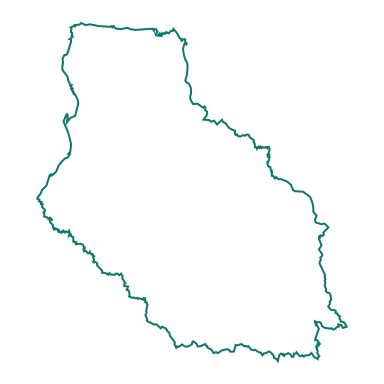 Besalampy, Melaky, Madagascar (Albers equal-area conic projection)
{"feature_id": "10022922B83460232588272", "entity_name": "Besalampy", "entity_type": "district", "adm_level": 2, "iso_a3": "MDG", "parent_name": "Madagascar", "parent_adm1": "Melaky", "projection": "albers", "projection_center": [45.158, -16.857], "detail": "fine", "context": "isolated", "style": "outline", "palette": "teal", "viewbox_px": 384, "rotation_deg": 0, "n_neighbors": 0, "source": "geoboundaries", "source_scale": "gbopen_adm2", "svg_char_len": 5875}
<svg xmlns="http://www.w3.org/2000/svg" viewBox="0 0 384 384"><path d="M173.4,28.9L172.9,30.9L170.9,30.9L168.8,33.3L166.4,32.2L166.2,32.9L164.7,32.9L165.6,33.2L165.0,33.8L164.5,33.0L163.5,33.7L162.3,33.1L162.0,34.7L160.6,33.9L161.0,34.9L160.2,34.7L160.6,35.7L158.9,34.9L158.9,35.8L156.2,35.3L156.3,34.2L155.1,35.1L157.4,31.8L156.0,29.1L153.7,29.2L153.8,30.5L152.5,28.7L135.7,29.9L130.9,29.3L127.6,27.9L120.9,29.0L117.4,28.8L115.6,28.5L113.9,26.8L113.2,27.1L113.4,26.2L111.4,26.9L111.2,26.3L109.5,26.8L99.3,26.1L89.9,24.3L85.6,25.1L81.2,23.0L79.5,24.6L74.6,25.0L74.2,25.6L75.3,25.9L74.9,26.5L73.7,25.9L70.6,27.5L71.5,28.3L70.9,32.0L72.2,32.9L71.9,35.3L72.6,36.4L71.5,36.6L71.6,38.1L69.7,39.1L70.9,39.5L71.1,41.6L67.7,52.6L66.5,54.8L64.3,55.1L62.5,59.1L63.0,62.6L62.2,68.0L62.8,70.4L66.9,75.7L68.0,78.3L67.9,80.0L70.4,84.8L71.4,85.1L70.2,85.7L72.1,87.9L71.6,87.8L71.7,88.4L70.7,87.7L73.2,92.7L73.4,91.9L76.3,96.8L77.8,100.2L78.3,103.3L75.1,115.9L70.3,117.9L67.1,122.1L67.7,115.5L67.4,114.2L66.6,114.2L63.5,121.4L68.5,133.5L70.7,142.4L71.1,145.0L70.3,151.4L68.9,153.2L70.0,152.8L70.0,153.6L69.0,154.1L69.5,154.6L67.8,157.6L64.7,158.6L61.2,162.3L58.4,166.1L56.0,171.9L52.3,175.2L50.3,176.0L50.7,174.6L49.8,175.0L46.3,185.9L42.2,189.7L40.7,193.4L37.6,197.6L37.3,198.7L39.4,199.6L39.0,201.3L41.7,202.1L41.7,202.9L40.5,202.6L40.9,204.2L42.5,204.2L42.1,207.2L45.0,209.9L44.9,211.0L43.4,212.3L44.4,213.9L44.1,216.5L47.3,217.4L48.1,218.8L49.8,217.7L51.8,219.4L51.8,220.0L50.2,219.3L49.6,220.4L50.4,222.6L52.8,224.8L53.0,227.4L54.7,228.2L53.7,228.9L54.0,229.6L56.9,228.9L59.2,230.3L59.2,230.9L57.8,230.6L58.1,231.6L61.4,232.8L62.1,232.4L61.4,231.8L63.3,230.5L64.9,232.5L65.7,231.4L68.0,232.3L69.2,230.7L69.8,233.0L69.0,235.8L70.8,234.5L71.3,236.4L73.2,237.0L73.3,241.7L74.9,241.7L75.4,242.8L76.3,242.4L76.2,244.3L80.3,243.7L82.9,244.7L83.9,247.3L84.8,247.3L84.7,248.3L83.4,249.1L84.1,251.4L85.6,250.6L88.2,253.5L89.4,253.0L89.9,251.8L91.0,253.9L92.9,254.3L93.0,255.2L92.2,254.6L92.3,255.5L94.2,256.3L93.1,257.7L94.1,259.5L93.1,261.9L94.2,262.5L95.5,261.9L97.2,263.3L97.1,265.4L102.2,270.7L102.1,272.7L105.4,273.1L108.2,274.7L108.3,273.8L109.3,273.9L109.4,273.3L110.9,274.6L114.8,274.8L115.6,273.7L117.3,273.6L119.2,275.2L121.1,273.6L122.7,276.4L122.1,278.0L125.4,283.1L124.3,283.9L124.2,286.0L128.1,286.6L126.7,290.0L128.3,290.2L129.0,291.3L129.6,294.7L129.1,296.5L132.2,297.8L133.6,297.4L134.6,298.3L137.1,298.0L137.8,298.9L138.7,298.2L142.6,299.4L143.7,298.0L144.4,298.3L144.3,299.4L145.0,298.9L144.8,300.2L145.6,301.0L145.1,302.0L146.9,302.7L146.8,303.8L147.5,304.6L146.1,311.0L146.7,312.2L145.4,315.3L147.1,318.9L147.0,321.0L154.2,324.6L156.4,324.3L160.7,328.3L161.9,326.8L165.2,328.0L167.0,329.9L167.2,331.1L169.2,332.5L169.9,335.7L174.8,342.2L174.7,344.9L176.2,347.7L177.1,346.3L178.4,347.0L182.1,344.5L185.2,346.6L188.5,346.4L191.9,344.2L192.5,341.6L193.1,341.3L196.3,343.5L197.8,346.5L200.4,346.3L205.3,344.0L205.9,345.5L207.3,346.1L207.3,347.5L211.5,349.6L213.5,353.1L216.1,352.1L217.8,353.1L222.1,350.3L226.5,349.3L228.9,349.6L230.3,351.7L233.8,351.6L235.7,345.0L237.9,345.2L241.3,344.0L244.2,346.3L245.5,345.9L247.3,346.7L248.3,346.1L251.1,349.7L253.6,350.3L254.9,349.7L259.1,352.4L260.8,352.5L262.4,355.3L263.9,353.4L266.2,353.1L268.4,351.6L269.9,351.7L273.7,355.5L273.9,357.9L276.7,359.0L277.8,361.0L279.2,355.2L280.8,353.6L283.8,355.5L283.5,354.2L284.9,354.8L288.3,353.2L290.3,354.2L292.0,356.8L293.4,356.8L293.9,353.5L296.6,353.5L296.7,352.6L299.7,356.0L301.3,356.2L302.2,355.1L303.9,356.6L304.9,355.5L309.4,355.1L311.5,353.0L314.2,357.1L317.6,358.9L317.4,357.9L319.3,356.4L317.3,352.9L317.7,350.8L316.7,349.3L317.2,347.9L316.1,346.9L316.6,345.6L318.4,345.7L317.9,344.5L319.1,344.2L318.1,343.3L318.7,343.1L318.1,342.9L318.5,341.9L316.9,339.9L315.3,340.3L315.2,339.3L318.8,328.6L317.0,325.5L315.9,325.4L316.4,324.0L315.2,323.1L315.0,321.3L316.9,322.4L318.6,321.9L320.7,322.6L322.0,326.0L324.8,327.9L330.2,328.6L331.6,328.2L332.9,329.4L334.2,329.5L337.0,327.0L338.8,326.5L338.3,324.4L341.3,325.0L342.9,327.9L346.7,326.7L343.9,322.1L340.6,321.5L340.6,320.1L339.5,318.7L339.8,316.1L338.0,315.3L337.5,313.6L335.7,313.1L335.6,310.5L330.9,309.8L328.2,306.6L329.7,304.2L329.9,301.2L331.2,299.7L330.8,296.1L329.5,293.1L327.0,292.4L325.8,291.2L326.2,289.4L324.7,285.6L325.4,282.8L324.7,280.3L325.4,279.1L324.5,276.4L325.2,275.3L319.6,263.5L319.7,261.8L320.9,259.8L320.3,257.5L322.4,255.6L321.8,253.5L318.9,249.5L321.5,245.2L319.0,238.9L319.2,236.4L319.6,236.0L320.1,237.1L320.9,235.4L322.3,236.0L323.9,234.9L323.3,232.6L328.4,227.4L325.2,224.1L323.5,223.5L321.5,224.3L315.7,222.4L315.0,219.7L316.6,215.7L313.3,211.5L313.3,207.2L312.3,202.5L310.2,197.0L303.0,191.7L295.7,191.3L293.2,190.4L290.9,184.7L287.0,181.5L280.9,179.1L278.5,179.2L276.0,177.1L275.6,178.2L274.6,178.4L273.3,176.0L271.7,175.7L272.0,172.3L271.2,171.8L271.8,170.5L270.7,169.8L270.3,167.1L268.7,166.6L267.2,163.5L268.0,162.5L267.5,161.7L268.8,160.8L269.6,156.7L268.8,156.2L268.0,156.7L267.4,155.2L269.3,154.3L268.3,153.4L269.7,149.5L268.9,146.9L267.4,147.0L267.1,148.2L265.8,147.1L264.1,147.8L262.6,147.2L261.4,148.1L260.7,146.6L259.4,147.8L258.8,146.7L257.1,148.8L256.8,147.2L255.1,147.4L254.6,143.2L253.6,142.2L254.0,140.4L249.8,137.4L248.6,134.7L246.8,134.5L244.8,135.8L243.4,135.0L240.5,136.5L238.0,136.1L237.0,134.4L235.6,134.9L234.9,133.4L235.1,130.9L229.3,128.2L225.6,123.2L223.2,122.3L222.0,119.8L217.1,124.5L214.0,120.6L211.1,121.7L209.2,120.1L203.5,119.6L206.6,115.5L207.2,113.4L207.1,111.7L205.1,110.0L205.4,107.6L204.4,106.4L203.2,107.8L197.6,103.7L193.0,104.0L190.6,99.6L190.1,97.1L191.0,93.6L190.9,88.0L189.0,83.8L185.9,81.9L185.3,80.4L187.1,74.1L187.6,65.6L187.2,62.9L185.2,59.3L183.8,54.4L183.0,48.9L184.5,43.6L185.1,43.3L186.3,44.4L186.7,43.4L185.2,42.2L185.2,39.4L183.0,39.4L182.1,40.8L181.4,40.7L181.3,39.0L179.8,38.2L176.6,32.5L173.4,28.9Z" fill="none" stroke="#0f766e" stroke-width="2"/></svg>